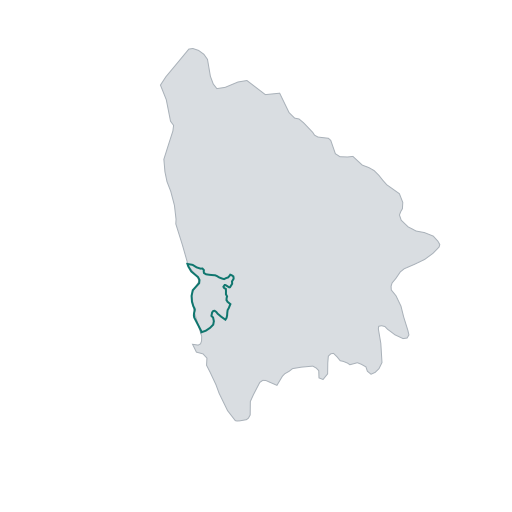 West Herzegovina on a map of Bosnia and Herzegovina (Robinson projection), rotated 32°
{"feature_id": "BIH-2227", "entity_name": "West Herzegovina", "entity_type": "Canton", "adm_level": 1, "iso_a3": "BIH", "parent_name": "Bosnia and Herzegovina", "parent_adm1": "", "projection": "robinson", "projection_center": [17.518, 43.363], "detail": "fine", "context": "in_parent", "style": "outline", "palette": "teal", "viewbox_px": 512, "rotation_deg": 32, "n_neighbors": 0, "source": "natural_earth", "source_scale": "10m", "svg_char_len": 3172}
<svg xmlns="http://www.w3.org/2000/svg" viewBox="0 0 512 512"><g transform="rotate(32 256 256)"><path d="M405.8,148.9L406.5,151.4L404.6,160.1L400.9,169.4L394.8,179.1L388.5,188.2L386.8,193.0L386.5,200.7L385.7,206.8L386.6,210.1L388.7,213.1L395.9,215.6L405.5,221.7L413.7,229.6L424.2,238.6L427.5,241.9L427.6,245.5L424.5,248.1L415.6,249.2L406.3,248.4L402.7,247.5L399.4,248.6L397.3,250.6L398.4,253.0L408.1,263.9L419.3,279.6L420.0,286.4L418.7,291.6L416.2,295.3L411.5,294.7L408.0,291.8L402.7,292.0L398.5,292.8L393.2,298.5L390.5,298.3L385.9,299.1L382.9,300.2L378.3,298.6L373.4,297.5L371.3,299.2L370.4,302.6L373.5,308.6L379.2,318.0L378.3,325.2L374.0,326.0L370.0,320.0L366.5,319.1L362.5,319.3L353.4,326.2L346.7,332.1L345.2,336.2L342.8,340.6L342.1,343.9L342.3,354.6L330.2,356.4L327.6,357.9L326.2,361.2L327.3,375.0L328.3,382.4L335.3,393.9L335.5,397.5L334.6,399.9L329.6,404.4L327.3,406.0L325.7,406.6L317.6,403.6L313.8,402.2L297.5,392.0L290.3,386.4L279.0,379.1L272.0,374.9L268.5,368.6L262.9,367.1L256.4,369.1L249.0,364.5L254.2,362.2L255.5,359.9L254.9,357.0L252.6,353.0L232.6,335.6L222.8,323.8L221.2,319.5L221.1,308.2L218.8,305.5L204.1,300.4L187.8,285.7L171.0,271.3L168.7,267.2L160.0,256.3L149.5,246.4L141.1,240.1L134.2,232.9L126.6,222.8L122.7,207.6L119.3,194.1L116.9,188.9L112.1,187.0L97.1,171.0L84.4,161.7L84.6,151.7L86.9,134.9L89.4,116.1L92.5,113.5L98.3,112.1L105.0,112.6L110.7,115.0L122.1,127.8L128.6,132.8L134.1,134.8L140.5,129.3L148.5,118.0L155.3,112.0L178.4,114.2L189.8,105.4L208.1,116.9L215.7,118.6L219.9,117.0L225.7,117.8L238.6,121.1L241.6,122.5L245.5,122.3L255.0,117.8L258.2,118.4L269.1,127.2L274.6,127.3L281.2,123.5L285.4,120.2L297.9,122.6L305.1,121.2L311.1,121.0L317.5,122.5L323.4,124.6L329.1,126.3L344.6,127.2L352.1,132.8L355.1,138.3L355.2,141.6L355.9,145.2L360.2,148.7L369.5,150.7L375.4,150.2L378.5,150.0L386.4,146.9L395.8,145.2L402.5,147.1L405.8,148.9Z" fill="#d9dde1" stroke="#a8b0b8" stroke-width="1"/><path d="M236.9,341.3L236.1,340.8L234.8,339.3L233.7,337.2L233.0,334.9L232.4,333.7L231.4,332.9L229.6,331.9L226.0,328.8L222.5,324.0L220.5,318.5L222.2,309.2L220.8,306.3L218.0,304.6L209.3,303.4L204.1,300.7L202.1,299.1L206.2,297.4L207.1,297.1L211.7,297.1L215.7,296.1L217.2,295.0L219.3,295.6L219.9,296.9L220.9,298.0L223.3,298.0L226.5,296.6L228.7,295.5L231.6,294.0L233.6,293.7L236.1,293.7L239.2,293.1L241.2,292.5L242.4,290.5L243.7,289.0L244.1,286.6L244.1,285.5L244.6,285.4L245.6,285.2L247.6,285.3L248.4,286.2L249.1,287.2L249.1,289.3L249.1,290.3L249.9,291.3L250.5,292.2L250.5,294.4L250.5,296.2L250.2,296.4L249.9,296.8L248.6,296.8L246.7,296.8L245.6,296.8L245.0,297.1L244.8,297.2L244.7,298.7L244.7,299.4L245.9,300.0L246.0,300.0L246.5,300.0L247.9,299.9L249.2,301.8L250.8,304.4L252.9,305.6L253.3,307.1L254.3,309.0L254.5,309.0L256.0,309.9L259.8,310.4L260.1,312.3L260.4,313.9L260.5,314.4L260.6,316.6L260.6,316.9L261.7,319.3L262.5,320.8L262.7,321.2L262.9,321.5L263.8,324.0L263.8,326.2L263.5,326.2L258.4,325.9L255.9,325.5L254.1,325.3L252.0,324.5L249.9,324.4L248.9,325.3L248.7,327.2L249.0,327.9L249.9,330.4L250.1,330.5L252.2,330.9L254.9,333.7L255.0,334.1L256.1,336.9L255.1,341.3L253.0,346.0L250.1,349.6L249.2,348.6L236.9,341.3Z" fill="none" stroke="#0f766e" stroke-width="2"/></g></svg>